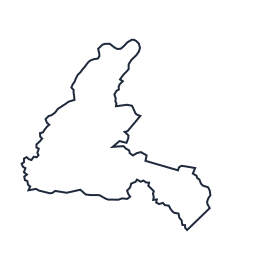 Quinze de Novembro, Rio Grande do Sul, Brazil, rotated 192°
{"feature_id": "56859067B70559622092881", "entity_name": "Quinze de Novembro", "entity_type": "district", "adm_level": 2, "iso_a3": "BRA", "parent_name": "Brazil", "parent_adm1": "Rio Grande do Sul", "projection": "orthographic", "projection_center": [-53.12, -28.781], "detail": "fine", "context": "isolated", "style": "outline", "palette": "slate", "viewbox_px": 256, "rotation_deg": 192, "n_neighbors": 0, "source": "geoboundaries", "source_scale": "gbopen_adm2", "svg_char_len": 2232}
<svg xmlns="http://www.w3.org/2000/svg" viewBox="0 0 256 256"><g transform="rotate(192 128 128)"><path d="M207.4,112.6L209.0,109.5L210.3,106.0L213.0,104.7L212.0,101.2L209.8,99.9L211.6,96.4L214.1,92.9L213.5,89.9L211.0,89.2L211.5,84.8L209.9,82.9L211.2,80.4L214.2,80.3L215.8,76.6L218.5,76.9L221.2,78.4L223.4,76.4L222.6,73.0L224.6,70.9L222.7,68.2L220.0,67.4L220.6,63.1L217.2,61.4L219.4,58.9L218.0,55.6L215.5,55.2L213.9,51.6L211.5,50.5L212.4,46.4L205.3,49.3L202.3,48.3L190.7,47.9L188.6,48.7L186.1,51.3L174.5,51.9L161.8,57.7L155.6,54.2L150.7,54.6L142.1,56.4L134.7,54.1L132.4,53.9L122.4,55.9L119.2,57.9L114.0,58.5L111.6,61.3L114.0,63.5L115.9,66.6L113.6,70.1L113.3,74.3L109.4,76.9L108.5,79.4L104.4,78.1L102.0,79.8L99.1,78.5L96.0,78.9L96.1,75.6L93.0,73.8L89.6,71.5L89.9,68.9L88.5,66.0L88.4,62.9L85.0,64.1L84.9,60.9L81.7,60.1L78.3,62.0L75.9,60.2L71.9,60.5L69.8,57.9L67.6,55.9L65.3,54.7L60.8,54.8L59.1,50.9L56.3,48.7L54.7,44.5L52.0,44.8L51.4,42.3L49.0,40.5L31.4,66.6L34.4,70.0L35.3,72.4L34.8,76.1L33.4,79.3L35.1,83.9L37.4,86.7L42.8,87.2L45.1,88.8L47.5,92.5L49.8,93.4L51.0,95.5L55.1,96.9L54.0,102.8L64.3,102.4L67.9,102.1L70.0,100.1L70.3,97.0L104.1,99.5L104.1,105.1L110.4,107.1L114.1,105.3L117.4,102.2L121.0,103.7L122.2,106.3L126.0,107.5L128.5,109.3L134.2,107.8L139.1,106.3L133.7,113.4L126.4,113.2L125.6,117.7L126.0,120.8L130.4,123.5L127.8,124.8L120.9,137.7L118.5,142.4L121.2,142.7L123.5,143.6L128.7,150.6L133.8,150.5L144.3,146.8L144.4,149.5L146.0,151.7L146.1,154.2L148.3,158.0L147.0,161.9L145.0,163.7L145.7,166.5L145.2,169.1L142.8,172.7L145.9,173.8L144.7,176.7L143.1,180.0L141.5,182.3L139.6,185.7L140.6,190.5L138.8,195.4L134.9,201.1L133.3,204.9L132.9,208.8L134.9,212.7L137.9,214.7L140.2,215.5L142.7,215.1L146.4,211.7L149.1,207.2L151.6,204.0L154.9,203.1L157.9,203.9L163.4,206.6L168.0,205.5L170.3,204.2L173.7,199.2L171.6,194.9L170.9,192.4L172.0,189.6L175.7,188.2L178.7,186.3L180.3,184.5L181.5,182.2L183.1,178.6L184.8,175.7L185.9,173.0L188.2,169.5L189.3,165.7L189.8,162.4L191.2,159.0L191.8,155.8L189.1,153.9L188.6,151.3L187.5,148.4L186.2,144.3L189.3,142.7L191.7,141.3L193.7,139.0L197.5,135.2L200.6,132.1L202.5,128.0L205.4,124.7L208.2,123.1L210.5,119.5L208.4,116.3L205.7,114.8L207.4,112.6Z" fill="none" stroke="#1e293b" stroke-width="2"/></g></svg>